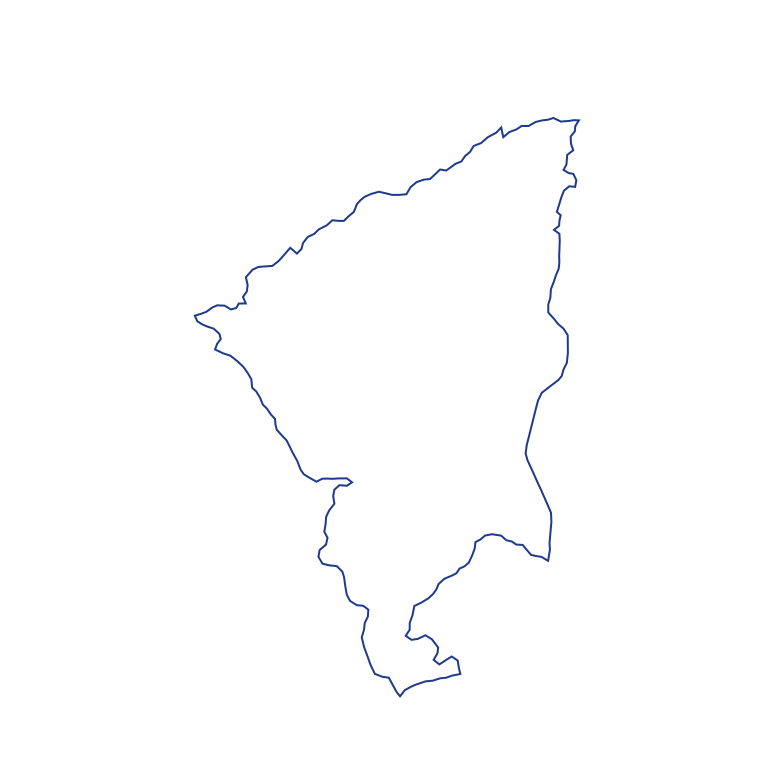 São Bernardo do Campo, São Paulo, Brazil (Mercator projection), rotated 193°
{"feature_id": "56859067B73038458371081", "entity_name": "São Bernardo do Campo", "entity_type": "district", "adm_level": 2, "iso_a3": "BRA", "parent_name": "Brazil", "parent_adm1": "São Paulo", "projection": "mercator", "projection_center": [-46.552, -23.804], "detail": "fine", "context": "isolated", "style": "outline", "palette": "blue", "viewbox_px": 768, "rotation_deg": 193, "n_neighbors": 0, "source": "geoboundaries", "source_scale": "gbopen_adm2", "svg_char_len": 3289}
<svg xmlns="http://www.w3.org/2000/svg" viewBox="0 0 768 768"><g transform="rotate(193 384 384)"><path d="M583.7,408.0L580.0,403.1L573.9,401.0L568.8,400.2L562.4,399.6L555.6,395.8L553.2,391.0L555.6,385.7L556.4,379.6L547.6,377.7L540.0,377.0L531.4,372.9L524.8,369.0L519.2,364.0L514.3,358.7L511.6,350.7L506.8,348.0L501.7,342.8L497.5,336.7L492.7,333.8L487.4,328.9L482.3,325.4L480.6,320.0L478.2,315.3L472.8,311.5L466.2,307.1L461.7,301.7L458.2,297.3L451.0,289.2L446.1,281.9L441.8,278.0L436.2,276.1L427.8,273.6L422.9,277.8L417.9,279.1L412.9,280.0L407.3,281.7L399.0,283.7L393.0,281.0L397.3,276.5L404.7,275.4L408.6,269.8L408.3,263.4L405.4,256.2L409.0,248.4L410.5,241.7L409.4,234.2L408.9,226.6L404.4,221.4L404.4,214.5L409.4,207.7L409.0,200.9L403.6,195.1L396.7,195.0L389.0,195.9L382.4,191.8L379.5,186.9L376.3,178.5L372.9,170.4L368.3,165.0L360.7,162.4L354.3,163.2L348.5,160.6L347.4,153.6L349.0,146.9L348.2,140.0L348.7,132.1L344.2,123.2L338.4,114.3L333.8,107.1L327.7,99.5L320.1,98.4L313.2,98.9L308.1,93.1L302.5,86.8L298.1,83.3L294.9,90.3L289.6,95.1L285.6,98.1L281.3,100.7L276.9,103.5L269.7,105.9L263.0,109.9L257.5,111.7L252.2,115.1L244.4,118.6L247.4,124.7L250.0,131.1L256.7,133.7L261.5,129.0L267.0,123.2L273.6,126.4L271.3,133.9L272.0,139.5L280.0,146.1L287.1,148.5L293.8,143.2L299.6,140.9L306.2,143.5L303.7,150.4L305.2,157.1L304.2,165.4L304.5,174.5L298.4,179.4L292.5,185.2L289.0,190.4L286.9,195.3L285.8,201.4L281.5,207.7L274.9,212.5L270.8,215.9L268.9,221.1L264.4,224.6L261.2,229.0L259.5,237.0L258.6,244.0L259.3,250.6L255.3,253.9L251.4,259.1L245.0,261.9L235.8,262.6L229.6,259.3L224.1,259.3L219.0,257.3L212.7,258.4L207.6,254.5L202.3,250.6L196.8,250.6L191.7,251.0L184.3,248.6L185.1,260.2L186.9,266.0L189.9,287.4L192.3,296.1L197.2,302.8L208.1,317.4L211.3,321.4L215.8,327.4L219.8,332.7L227.2,342.2L230.4,348.3L231.2,356.8L231.0,364.2L230.7,381.4L230.4,396.6L230.2,402.5L228.3,410.9L221.9,418.8L215.0,427.1L212.6,431.8L212.4,438.2L210.6,445.7L211.8,455.6L216.0,473.0L221.7,478.4L228.0,481.7L233.1,485.8L240.0,490.6L241.8,498.4L241.3,505.4L242.7,513.8L241.6,521.4L241.0,528.0L239.7,535.6L240.5,542.0L242.1,548.0L243.2,553.9L245.0,563.2L246.9,569.8L253.0,572.4L249.0,577.6L249.8,582.8L249.8,588.2L254.3,590.6L253.7,598.6L253.2,605.8L252.2,612.8L248.0,618.3L242.1,619.1L242.4,625.8L246.8,631.3L251.7,631.1L257.2,633.0L255.6,638.8L257.0,648.5L252.2,654.3L255.9,660.3L257.8,667.1L254.9,673.1L255.6,678.4L253.4,684.7L258.3,683.8L263.3,681.8L270.8,679.5L278.8,681.3L283.7,678.4L289.5,676.3L295.2,673.4L301.2,667.9L307.9,666.4L312.3,661.8L318.5,657.7L323.3,651.3L327.5,660.3L331.1,654.2L338.4,647.8L343.6,640.6L350.1,636.2L352.4,629.5L356.4,624.1L358.7,618.2L363.8,614.7L371.4,606.0L377.6,605.6L381.6,599.5L385.3,594.1L390.9,592.2L397.7,588.0L402.3,581.9L404.9,573.9L412.4,571.5L418.8,570.1L425.9,570.2L432.2,570.2L439.3,566.3L445.0,562.0L448.2,557.9L450.8,553.3L452.1,544.9L456.7,538.8L459.8,533.9L465.1,532.7L471.2,531.9L475.4,525.8L482.3,520.0L485.8,514.5L491.4,510.1L494.6,503.1L494.8,496.9L498.2,491.5L506.0,495.6L510.7,486.7L514.3,480.2L519.4,473.9L526.1,471.9L532.7,469.8L537.8,465.8L542.6,457.0L539.1,449.7L538.5,443.1L541.0,437.1L536.8,431.4L543.6,429.7L545.1,424.8L550.0,422.2L556.9,424.5L564.3,423.1L568.5,419.9L573.3,414.4L578.1,411.2L583.7,408.0Z" fill="none" stroke="#1e3a8a" stroke-width="2"/></g></svg>